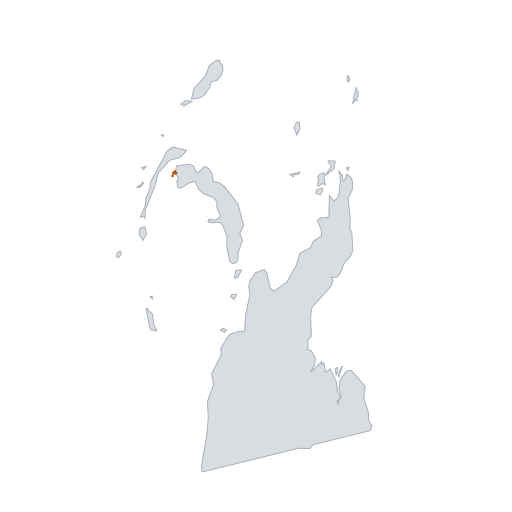 Rabaul District, East New Britain, Papua New Guinea shown in context, rotated 257°
{"feature_id": "67681753B57084390213157", "entity_name": "Rabaul District", "entity_type": "district", "adm_level": 2, "iso_a3": "PNG", "parent_name": "Papua New Guinea", "parent_adm1": "East New Britain", "projection": "albers", "projection_center": [152.151, -4.184], "detail": "fine", "context": "in_parent", "style": "filled", "palette": "amber", "viewbox_px": 512, "rotation_deg": 257, "n_neighbors": 0, "source": "geoboundaries", "source_scale": "gbopen_adm2", "svg_char_len": 4935}
<svg xmlns="http://www.w3.org/2000/svg" viewBox="0 0 512 512"><g transform="rotate(257 256 256)"><path d="M60.2,328.0L59.3,269.3L56.3,264.9L59.1,254.4L57.7,155.0L63.3,155.4L90.8,167.1L109.3,173.2L125.3,176.0L140.3,185.8L151.2,186.2L167.5,200.0L174.1,200.9L185.6,212.5L186.4,221.9L185.2,227.9L202.7,233.4L219.5,241.4L228.5,242.2L233.6,245.0L239.8,251.8L241.0,261.0L237.5,262.7L221.8,262.7L217.5,265.7L223.8,280.2L238.0,293.3L248.7,299.3L251.9,311.2L257.3,314.9L260.9,324.4L266.4,325.4L277.1,323.8L278.8,327.7L277.2,333.7L278.8,336.1L298.6,341.1L292.0,344.3L295.0,349.7L307.9,354.4L315.9,356.1L320.7,355.6L315.1,358.3L310.1,357.5L309.1,358.3L311.2,360.6L315.4,363.0L311.0,366.2L306.8,366.7L298.8,364.7L291.8,358.7L270.3,356.2L262.9,353.7L257.0,354.6L239.5,351.5L233.8,347.3L230.0,341.1L219.6,333.5L217.2,329.8L218.1,324.8L215.3,325.6L209.3,322.0L193.4,298.9L185.3,295.7L165.3,291.9L162.4,287.4L153.0,285.7L151.0,288.7L143.4,290.9L136.9,288.7L130.4,283.1L138.1,295.9L135.4,295.9L136.7,297.9L135.3,298.2L126.9,297.5L129.5,302.8L115.8,305.9L105.6,305.0L100.8,306.4L98.8,306.2L96.1,302.3L92.4,303.1L95.5,303.1L99.5,307.6L108.0,306.9L116.3,310.2L123.4,317.8L123.2,323.1L104.3,333.0L93.3,329.0L77.3,330.3L71.5,328.7L64.4,330.7L60.2,328.0ZM346.2,195.6L350.1,198.3L354.1,195.5L361.7,198.9L360.3,211.7L357.8,215.3L351.3,216.6L350.5,218.5L354.8,226.0L353.0,228.7L347.4,231.5L338.1,231.2L335.7,236.4L330.6,241.0L310.6,250.1L288.8,250.9L281.7,245.3L274.2,246.4L264.1,239.8L255.6,237.1L253.9,234.5L254.1,231.2L256.4,229.3L271.4,229.5L281.0,232.2L293.5,230.5L297.0,228.5L298.3,220.3L300.3,216.9L302.5,218.4L299.9,224.8L302.8,230.5L311.7,228.8L317.4,230.1L321.8,228.4L328.1,219.5L333.1,215.4L342.3,213.4L342.1,206.8L338.9,197.8L340.2,195.2L346.2,195.6ZM455.7,261.6L454.6,264.5L454.0,263.6L449.4,266.3L444.1,265.4L439.5,262.5L435.9,257.3L435.8,251.4L430.7,248.8L424.1,241.4L422.7,236.5L423.3,228.4L433.0,233.1L442.8,247.1L452.2,253.4L455.7,261.6ZM381.0,199.3L374.6,212.0L370.6,206.8L369.0,203.1L368.7,193.4L358.4,178.8L347.8,173.9L326.1,158.7L317.6,156.3L319.8,155.6L319.7,151.9L330.4,159.8L337.0,161.7L345.8,167.9L351.8,169.9L378.0,192.7L381.0,199.3ZM208.7,136.5L229.2,136.9L229.5,138.6L226.8,138.8L223.4,141.9L211.2,141.1L205.8,142.7L205.4,140.5L207.4,139.9L207.1,137.6L208.7,136.5ZM312.2,332.0L315.9,334.2L319.1,333.9L321.4,336.4L321.8,340.5L320.5,341.5L319.6,340.2L309.8,339.4L311.7,337.1L309.8,332.4L312.2,332.0ZM309.4,154.3L302.2,154.3L296.7,149.3L303.8,146.9L309.2,149.2L309.4,154.3ZM326.8,349.9L331.4,347.3L332.5,348.2L330.7,354.5L323.6,351.8L318.7,341.6L326.8,349.9ZM364.6,323.1L372.4,321.9L376.1,324.7L377.3,325.7L376.5,328.4L370.0,327.2L364.6,323.1ZM382.7,384.3L397.3,391.3L391.9,392.4L387.3,390.6L386.7,388.9L384.8,389.4L385.8,388.2L382.7,384.3ZM245.7,238.8L239.2,233.5L239.5,229.9L246.4,233.0L245.7,238.8ZM307.4,335.9L305.5,336.1L301.1,332.5L303.7,328.3L306.7,329.9L307.4,335.9ZM421.1,228.1L418.3,219.5L420.8,217.0L423.3,222.4L421.1,228.1ZM223.1,228.4L218.6,225.1L221.9,222.0L223.9,223.6L223.1,228.4ZM291.4,124.9L288.9,125.5L285.6,122.7L286.5,119.6L290.4,121.6L291.4,124.9ZM193.2,207.5L190.5,210.6L188.7,208.3L191.7,204.9L193.2,207.5ZM327.7,307.4L327.9,317.6L325.8,315.6L326.8,311.4L324.7,310.2L327.7,307.4ZM125.1,311.3L129.5,315.5L118.8,308.8L125.1,311.3ZM128.9,310.3L123.1,308.6L121.9,307.3L128.7,307.9L128.9,310.3ZM411.0,385.4L410.6,386.8L406.8,387.1L404.2,385.0L406.7,385.5L406.3,384.0L411.0,385.4ZM367.9,164.4L368.1,169.1L365.4,165.8L367.9,164.4ZM353.6,161.9L352.5,163.1L349.8,159.8L350.3,159.1L353.6,161.9ZM322.0,364.3L321.6,366.4L319.0,365.3L319.4,364.0L322.0,364.3ZM351.3,158.2L349.2,158.7L349.5,155.5L351.3,158.2ZM240.1,143.5L240.4,145.9L237.5,145.4L240.1,143.5ZM395.1,191.0L394.8,193.2L393.2,192.5L395.1,191.0Z" fill="#d9dde1" stroke="#a8b0b8" stroke-width="1"/><path d="M355.1,197.3L355.1,197.2L355.3,197.3L355.4,197.2L355.5,196.9L355.4,196.8L355.4,196.7L355.2,196.7L355.0,196.4L354.9,196.3L354.9,196.2L355.0,196.2L354.9,196.0L354.9,195.9L355.0,195.7L355.1,195.4L355.3,195.2L355.5,195.2L355.7,195.3L355.7,195.5L355.7,195.8L355.7,196.0L355.8,196.0L356.0,196.0L356.1,195.9L356.3,195.9L356.4,196.0L356.3,196.3L356.5,196.4L356.8,196.4L357.0,196.5L357.1,196.4L357.1,196.1L356.9,196.0L356.9,195.9L356.9,195.7L356.9,195.4L356.7,195.2L356.4,195.0L356.4,194.9L356.3,194.4L356.3,194.2L356.2,194.2L355.9,194.0L355.8,193.9L355.7,193.8L355.5,193.7L355.4,193.4L355.2,193.4L355.1,193.5L354.9,193.7L354.9,193.8L354.9,194.0L354.8,194.3L354.7,194.5L354.7,194.8L354.5,195.1L354.4,195.2L354.4,195.3L354.3,195.6L354.3,195.8L354.4,196.0L354.4,196.3L354.3,197.1L354.8,197.2L355.1,197.3L355.1,197.3ZM353.2,193.3L353.2,193.2L353.3,193.0L353.3,192.9L353.3,192.7L353.2,192.6L353.1,192.4L353.0,192.2L352.9,192.2L352.7,192.3L352.4,192.4L352.4,192.5L352.4,192.8L352.4,193.0L352.5,193.1L352.8,193.2L352.8,193.3L353.0,193.3L353.2,193.3ZM356.0,196.3L356.0,196.2L355.9,196.2L355.8,196.3L356.0,196.3Z" fill="#f59e0b" stroke="#b45309" stroke-width="1.5"/></g></svg>